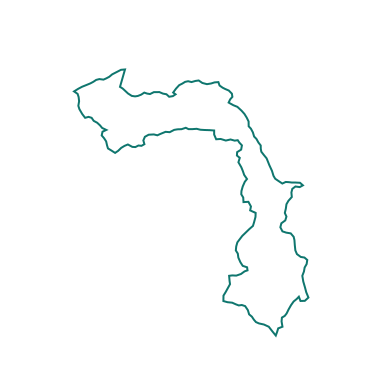 Santo André, São Paulo, Brazil (orthographic projection), rotated 197°
{"feature_id": "56859067B67928479043835", "entity_name": "Santo André", "entity_type": "district", "adm_level": 2, "iso_a3": "BRA", "parent_name": "Brazil", "parent_adm1": "São Paulo", "projection": "orthographic", "projection_center": [-46.438, -23.712], "detail": "fine", "context": "isolated", "style": "outline", "palette": "teal", "viewbox_px": 384, "rotation_deg": 197, "n_neighbors": 0, "source": "geoboundaries", "source_scale": "gbopen_adm2", "svg_char_len": 3110}
<svg xmlns="http://www.w3.org/2000/svg" viewBox="0 0 384 384"><g transform="rotate(197 192 192)"><path d="M291.9,289.6L295.6,288.1L299.0,284.8L302.7,281.2L304.8,278.0L307.2,275.6L309.5,273.6L313.6,272.9L316.4,271.2L318.6,268.5L320.9,266.2L324.3,263.4L327.9,260.5L331.0,257.4L334.2,253.7L330.1,252.4L328.2,249.7L326.5,245.8L325.9,241.2L323.9,238.3L319.8,234.5L315.9,231.7L312.9,233.6L309.7,233.6L306.8,231.3L302.9,230.5L299.4,228.8L296.7,227.0L292.1,226.3L295.2,223.5L294.9,219.7L291.9,217.8L288.9,215.3L286.9,211.8L285.1,209.1L281.2,208.1L277.0,206.9L274.7,209.7L272.6,213.5L270.0,216.4L267.2,218.7L262.3,217.7L259.3,218.4L256.8,220.8L253.8,221.4L251.5,223.8L253.6,227.1L253.2,231.0L250.2,234.1L245.3,235.9L241.7,236.1L239.2,238.3L234.9,241.8L230.8,242.7L227.2,246.2L224.2,247.7L220.4,249.0L216.7,251.6L213.7,251.1L210.1,252.2L206.0,253.8L202.2,254.0L198.0,255.0L193.2,256.3L188.8,257.3L187.6,253.4L184.3,249.5L180.1,251.1L174.7,251.1L170.5,253.5L166.2,253.6L163.4,254.9L161.2,253.1L157.9,251.2L157.4,246.9L160.5,243.3L159.7,240.0L156.3,238.6L156.3,234.0L152.1,230.1L149.5,226.9L147.1,223.6L143.2,220.5L144.5,217.2L145.1,212.1L145.0,207.4L144.2,204.2L141.4,201.7L139.8,197.4L135.2,199.1L131.4,195.4L131.0,191.4L125.0,190.6L124.0,186.7L123.8,181.4L123.8,177.4L126.4,173.2L129.1,168.3L131.1,164.7L132.4,161.2L133.9,157.1L133.8,152.9L133.0,148.9L130.2,146.5L128.5,142.8L125.2,139.0L121.9,136.2L117.3,136.1L116.0,133.3L118.5,131.5L121.2,127.9L125.2,125.0L129.1,124.0L132.0,122.7L130.1,118.0L128.7,115.0L130.5,106.4L131.6,102.1L130.1,96.9L125.8,97.0L121.2,97.9L117.2,97.4L114.1,97.2L111.3,98.5L107.8,98.4L104.0,95.3L101.6,91.7L98.3,90.3L95.5,88.0L92.8,86.3L89.5,85.9L84.5,86.3L79.2,85.6L74.5,82.3L69.9,79.2L69.7,83.1L69.7,86.8L66.1,89.6L68.5,94.4L69.3,98.2L67.1,100.6L66.0,103.5L65.3,107.9L64.2,112.8L62.8,117.0L60.6,120.3L59.2,123.1L56.4,119.5L52.3,120.9L49.8,125.1L53.4,129.5L56.0,133.7L59.4,138.9L62.0,144.1L61.7,148.7L62.2,152.7L61.3,156.6L61.9,160.7L65.3,162.2L69.0,161.7L73.5,163.3L76.1,166.4L78.1,171.1L80.0,176.0L81.7,178.9L85.5,181.3L90.0,180.7L94.0,180.8L97.2,184.1L97.4,188.2L94.5,192.1L94.5,196.1L97.1,199.1L97.4,203.5L98.1,207.9L97.2,211.8L95.1,216.4L96.8,220.6L97.0,224.3L94.7,227.5L90.4,228.2L87.9,230.8L91.4,232.4L96.2,231.2L99.5,230.2L102.4,229.7L105.3,229.0L108.1,226.5L113.1,228.0L116.3,229.0L118.8,231.3L121.7,235.6L125.9,240.3L127.9,242.8L130.5,246.0L134.4,248.6L137.5,250.8L138.9,253.5L139.9,256.6L142.9,258.7L145.9,261.6L148.8,263.2L151.2,266.8L154.2,269.8L157.0,271.4L158.5,276.0L161.4,279.1L164.7,282.0L168.5,284.3L173.5,286.7L177.9,287.1L183.1,288.2L182.6,291.7L181.2,294.8L182.6,297.7L186.5,299.8L190.3,300.2L193.2,300.7L196.8,301.9L198.9,304.8L202.5,303.4L205.4,301.4L209.2,299.5L214.0,299.3L218.2,300.6L221.2,299.2L224.6,297.0L228.1,296.8L230.8,295.3L232.9,292.9L235.5,290.4L237.5,286.2L239.1,281.6L236.3,280.6L238.3,278.1L241.7,276.4L245.0,278.0L248.5,277.6L252.4,278.0L257.6,276.4L260.8,273.4L263.7,273.0L266.7,273.1L269.0,270.3L271.9,268.0L274.4,266.8L277.7,266.3L282.0,267.5L285.9,269.4L288.6,270.7L291.6,271.5L291.9,289.6Z" fill="none" stroke="#0f766e" stroke-width="2"/></g></svg>